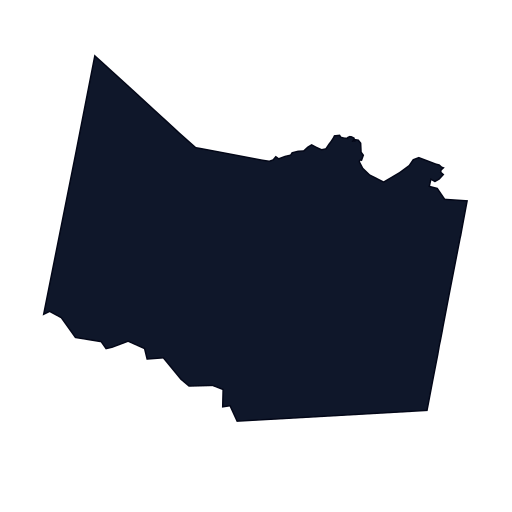 Harrison, Texas, United States of America (Albers equal-area conic projection), rotated 11°
{"feature_id": "52423323B74436267722648", "entity_name": "Harrison", "entity_type": "district", "adm_level": 2, "iso_a3": "USA", "parent_name": "United States of America", "parent_adm1": "Texas", "projection": "albers", "projection_center": [-94.284, 32.56], "detail": "fine", "context": "isolated", "style": "filled", "palette": "ink", "viewbox_px": 512, "rotation_deg": 11, "n_neighbors": 0, "source": "geoboundaries", "source_scale": "gbopen_adm2", "svg_char_len": 1646}
<svg xmlns="http://www.w3.org/2000/svg" viewBox="0 0 512 512"><g transform="rotate(11 256 256)"><path d="M132.1,373.0L146.7,364.0L164.3,368.1L168.8,377.9L184.5,373.6L205.9,391.3L215.1,396.4L238.1,391.3L249.2,393.3L252.1,410.4L259.1,407.9L269.0,421.7L453.3,374.9L453.3,369.5L453.3,369.0L453.2,344.3L453.2,341.2L453.2,319.5L453.2,318.8L453.2,317.7L453.1,314.1L453.1,312.5L453.0,309.7L453.0,308.1L453.1,303.6L453.1,294.9L453.0,288.9L453.0,286.8L452.9,256.3L452.9,253.0L452.9,220.4L452.9,214.7L452.9,212.0L452.9,199.0L453.0,196.8L452.9,188.5L452.7,161.6L430.4,164.4L421.0,155.1L412.8,154.6L413.0,147.2L417.4,148.7L421.1,145.5L424.3,140.3L421.3,138.6L421.2,136.3L423.1,133.7L421.2,133.4L418.4,131.7L414.9,131.5L412.1,131.0L407.0,130.1L397.0,128.4L392.0,131.5L389.2,138.0L381.2,146.7L367.2,159.1L352.0,154.8L344.0,149.6L339.4,143.8L339.5,142.5L340.4,141.6L341.3,141.8L342.1,136.6L339.3,134.0L337.2,125.3L334.3,122.8L330.9,122.9L331.1,124.3L329.1,124.8L329.4,123.8L329.8,121.7L328.4,121.2L326.8,120.8L325.0,121.0L324.5,121.5L323.9,121.8L323.2,122.6L323.5,123.1L320.0,123.5L316.6,123.3L315.0,121.6L310.1,123.1L309.5,125.3L307.8,129.5L306.5,132.0L304.2,137.5L300.1,139.2L294.2,137.8L289.4,136.3L286.1,139.3L282.8,143.8L277.3,145.2L271.8,147.8L270.8,150.4L265.6,152.7L259.7,156.3L256.5,154.8L254.5,158.4L251.0,160.5L243.5,160.8L217.9,160.9L197.2,161.0L180.6,161.1L176.1,161.2L157.0,149.9L145.7,142.9L142.5,140.9L136.2,137.1L126.4,131.1L110.0,121.0L101.2,115.6L79.0,102.1L70.3,96.8L60.2,90.7L59.6,90.3L59.5,190.3L58.7,353.7L64.0,349.7L76.7,353.7L94.3,370.4L120.4,369.6L126.5,375.5L132.1,373.0Z" fill="#0f172a" stroke="#020617" stroke-width="1.5"/></g></svg>